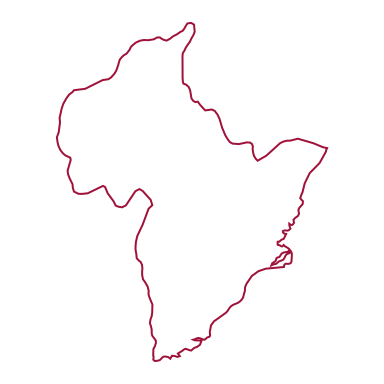 Otago, orthographic projection
{"feature_id": "NZL-3407", "entity_name": "Otago", "entity_type": "Regional Council", "adm_level": 1, "iso_a3": "NZL", "parent_name": "New Zealand", "parent_adm1": "", "projection": "orthographic", "projection_center": [169.783, -45.312], "detail": "fine", "context": "isolated", "style": "outline", "palette": "rose", "viewbox_px": 384, "rotation_deg": 0, "n_neighbors": 0, "source": "natural_earth", "source_scale": "10m", "svg_char_len": 3800}
<svg xmlns="http://www.w3.org/2000/svg" viewBox="0 0 384 384"><path d="M327.1,148.1L326.2,150.0L325.8,151.9L319.6,163.0L309.7,173.1L304.7,183.4L302.5,192.3L301.3,194.9L300.2,198.1L301.4,199.7L302.9,201.1L302.7,204.0L299.4,207.8L298.5,209.5L298.5,210.9L298.8,212.3L299.0,213.9L297.8,216.1L295.3,217.8L293.5,219.7L294.0,222.8L293.0,224.3L291.9,225.0L290.7,224.8L289.3,223.7L289.3,225.0L289.6,226.3L290.4,228.7L288.9,230.1L287.8,230.6L284.6,230.4L282.9,231.0L282.9,232.3L284.2,233.6L286.1,233.9L284.0,238.4L283.3,239.1L282.3,239.3L281.2,240.0L279.4,241.6L278.7,241.8L278.1,241.6L277.7,241.7L277.6,242.8L277.6,244.0L277.6,244.6L278.0,244.9L278.8,245.0L280.1,245.5L281.3,246.3L282.4,246.4L283.6,245.0L285.1,246.4L287.4,247.7L289.2,249.0L289.2,250.7L287.6,251.8L283.4,252.6L281.6,253.6L279.9,256.3L279.3,257.0L278.5,257.3L277.5,257.5L276.6,258.0L275.5,261.1L272.2,263.3L271.4,265.4L273.0,264.6L276.2,263.8L278.8,261.5L282.8,260.0L284.0,258.8L285.4,255.9L286.4,254.5L287.7,253.7L288.8,253.4L289.8,252.8L290.7,251.1L291.6,252.7L291.9,254.6L291.5,261.5L290.7,263.1L289.4,263.7L287.6,263.9L285.8,263.7L285.4,263.9L284.5,264.6L284.1,265.4L284.1,266.3L283.9,267.0L265.8,268.7L258.4,271.2L251.9,275.9L246.8,283.3L245.4,286.2L245.1,287.6L244.8,291.4L244.0,293.7L243.8,294.8L243.1,297.5L241.6,299.8L239.6,301.7L237.8,302.9L233.2,304.8L231.0,306.2L229.1,308.5L227.7,310.8L226.0,312.7L214.0,321.3L211.0,325.4L209.8,332.0L210.1,335.3L209.6,336.6L207.2,337.5L205.2,339.3L204.5,339.7L203.0,339.4L200.1,338.3L198.6,338.0L197.2,338.2L194.7,339.3L193.3,339.7L194.7,340.3L201.6,340.6L199.9,344.9L197.2,346.8L194.1,348.0L191.2,350.5L190.0,350.4L187.8,349.5L185.4,348.8L183.6,349.7L182.5,350.7L177.9,353.5L178.4,354.1L179.3,355.5L179.8,356.1L177.4,356.9L174.6,356.0L171.9,355.8L170.3,358.7L168.5,357.3L168.0,357.0L165.0,356.5L163.5,356.7L162.4,357.4L160.6,359.4L159.6,360.2L158.6,360.5L155.6,361.0L154.4,360.8L153.3,359.6L153.6,357.1L153.3,355.7L153.2,355.6L153.4,349.0L154.9,346.2L155.9,343.0L155.8,340.5L152.2,335.6L151.7,333.0L151.7,329.7L151.0,326.4L149.9,323.2L150.5,319.4L151.7,316.2L152.2,312.6L152.4,304.5L149.5,297.6L148.5,294.2L148.7,291.0L147.7,286.7L145.3,282.5L143.0,279.3L142.2,275.3L142.1,271.6L142.4,268.1L142.0,264.9L140.8,262.2L138.2,259.9L136.7,258.2L136.3,253.8L135.8,251.3L135.5,249.0L135.6,245.6L136.0,241.6L137.3,236.0L142.6,224.8L148.6,208.7L152.3,205.2L150.7,199.9L142.6,190.9L139.4,189.1L135.4,191.2L125.9,205.4L122.1,207.3L118.7,206.8L115.7,205.6L113.5,201.2L107.7,193.3L105.1,187.0L103.0,185.9L87.7,193.3L81.9,193.9L78.4,193.8L74.0,191.6L72.8,187.8L72.6,184.4L69.7,178.5L68.1,174.3L67.6,170.7L70.7,160.0L70.3,157.7L65.3,155.4L62.8,153.2L60.3,149.9L58.5,146.0L57.5,142.0L56.9,137.2L58.7,132.4L60.0,122.4L59.6,117.9L61.7,108.5L63.3,103.8L66.4,98.3L69.3,94.4L72.2,92.3L74.1,90.2L85.2,88.8L102.6,80.1L108.4,79.2L110.9,77.6L114.2,74.0L116.2,70.8L118.3,64.8L118.9,62.3L119.8,59.6L121.4,57.6L123.5,55.5L126.6,53.6L129.7,49.6L130.7,47.3L131.6,46.1L135.8,42.6L140.0,40.7L143.8,40.0L148.2,40.2L153.8,39.3L157.1,37.5L159.8,37.4L161.4,38.6L163.6,39.8L166.6,40.6L170.1,38.7L173.1,36.3L176.8,34.4L180.1,32.1L182.8,30.7L184.6,28.2L185.9,25.7L187.4,23.5L189.6,23.1L191.3,23.0L194.0,24.6L194.7,31.6L193.6,34.7L191.4,38.5L189.8,41.9L187.9,44.4L185.7,47.8L184.6,50.3L182.8,53.2L182.5,55.9L182.6,78.6L182.9,81.7L183.4,83.6L186.2,84.7L188.7,87.0L190.1,90.2L191.5,98.5L193.3,100.9L195.3,102.1L197.8,101.7L200.2,105.0L205.2,110.4L211.8,109.5L214.7,110.9L217.4,114.4L219.5,118.8L222.2,127.9L225.3,135.3L228.0,139.7L229.9,142.1L232.6,143.6L238.9,144.1L246.7,142.4L250.1,142.6L251.8,143.8L252.9,146.2L252.6,149.0L253.1,152.4L253.9,155.7L255.9,158.9L257.6,160.7L266.3,155.7L280.2,143.1L283.4,141.6L286.9,140.7L290.4,140.6L297.9,138.7L313.6,143.3L322.9,147.2L327.1,148.1Z" fill="none" stroke="#9f1239" stroke-width="2"/></svg>